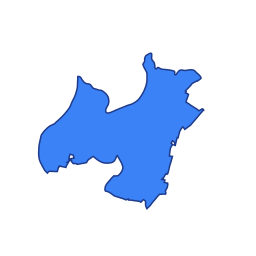 Duy Tien, Hà Nam, Vietnam, rotated 221°
{"feature_id": "81297802B7902592700170", "entity_name": "Duy Tien", "entity_type": "district", "adm_level": 2, "iso_a3": "VNM", "parent_name": "Vietnam", "parent_adm1": "Hà Nam", "projection": "natural_earth1", "projection_center": [105.971, 20.625], "detail": "fine", "context": "isolated", "style": "filled", "palette": "blue", "viewbox_px": 256, "rotation_deg": 221, "n_neighbors": 0, "source": "geoboundaries", "source_scale": "gbopen_adm2", "svg_char_len": 5829}
<svg xmlns="http://www.w3.org/2000/svg" viewBox="0 0 256 256"><g transform="rotate(221 128 128)"><path d="M158.5,185.8L156.0,184.4L152.0,182.9L151.0,182.5L150.0,181.9L149.5,181.5L149.2,181.3L147.6,179.5L145.7,177.3L144.2,175.4L143.4,174.0L142.2,171.8L140.8,168.1L140.1,165.9L139.3,162.0L139.2,161.1L139.0,159.6L138.8,157.6L138.9,155.0L139.1,153.9L139.4,152.7L139.9,150.9L140.4,149.7L140.8,148.6L143.5,144.2L144.3,142.5L147.4,136.5L148.7,133.9L149.7,131.7L150.2,130.7L150.6,129.8L151.6,127.9L152.3,126.9L153.3,125.8L153.6,125.6L153.9,125.5L154.4,125.5L154.7,125.5L155.4,125.7L155.8,126.1L156.3,126.6L157.1,127.8L157.4,128.7L158.0,131.3L158.2,132.4L158.6,133.4L159.3,134.6L160.1,135.7L160.7,136.3L161.6,137.1L163.0,138.1L163.9,138.6L164.7,138.8L166.1,139.2L167.7,139.4L168.8,139.4L171.0,139.3L172.1,139.1L172.5,139.0L173.1,138.7L174.1,138.0L175.3,137.3L175.7,137.2L177.1,136.6L179.2,135.6L179.9,135.4L180.3,135.3L180.7,135.2L181.1,135.2L181.4,135.3L182.2,135.5L183.0,135.7L184.6,136.0L185.1,136.0L185.6,135.9L186.0,135.7L186.5,135.5L187.8,134.6L188.5,134.2L190.7,133.7L191.2,133.7L192.6,134.0L193.6,134.1L194.4,134.3L194.9,134.5L196.7,135.1L197.2,135.1L197.6,135.1L198.0,135.0L198.4,134.9L198.7,134.8L199.2,134.4L199.7,133.9L198.1,132.1L196.7,130.2L194.7,127.8L193.2,125.8L192.5,124.8L191.7,123.3L190.4,120.6L189.5,118.5L188.8,116.5L188.3,114.8L187.7,112.2L187.1,110.1L186.3,107.8L185.7,105.8L185.4,104.1L185.3,103.4L185.2,101.2L185.1,98.2L185.1,95.6L185.2,93.4L185.7,88.1L186.1,85.2L186.2,83.3L186.4,82.6L186.8,81.7L187.3,80.7L187.5,80.2L188.1,78.6L188.3,78.0L188.5,77.5L188.7,76.2L188.9,75.3L189.1,72.6L189.2,70.2L189.1,68.3L188.9,66.7L188.9,66.2L188.7,65.7L188.3,64.7L187.5,63.3L185.2,59.1L184.4,57.7L183.5,56.2L182.4,54.8L180.4,52.2L179.5,51.1L178.4,49.8L176.6,48.0L175.2,46.8L174.1,46.0L172.4,45.0L169.8,43.9L167.7,43.1L164.8,42.0L163.7,41.6L162.9,41.4L160.5,41.1L159.2,41.1L159.3,42.4L159.1,43.3L158.8,43.9L154.9,47.0L153.7,48.0L153.1,48.4L152.8,48.8L153.7,50.7L154.9,53.1L154.4,53.5L154.8,54.4L153.3,55.1L150.3,56.8L149.0,57.5L149.5,58.6L149.7,59.5L150.0,60.6L150.4,62.9L151.4,62.2L151.1,63.6L151.0,64.1L150.8,64.5L151.1,64.7L152.2,65.7L152.6,66.1L153.3,67.4L154.5,70.2L151.6,71.6L149.0,69.9L151.5,66.7L150.2,65.4L150.0,65.7L149.6,66.5L148.0,65.5L147.5,65.4L146.8,65.3L145.9,65.3L144.3,66.7L143.5,67.2L143.0,67.2L142.5,67.2L141.6,68.5L141.3,68.7L141.0,69.2L140.5,69.7L139.4,71.1L138.6,72.0L137.0,74.1L136.7,74.6L136.6,74.8L136.8,75.6L137.0,76.3L137.1,76.7L137.1,77.2L137.1,77.6L136.9,79.0L136.8,79.5L136.4,80.8L136.1,82.2L135.6,83.7L130.8,83.9L128.3,84.2L125.1,85.0L123.0,86.0L120.3,88.1L118.4,90.2L117.3,91.8L117.0,92.7L116.8,94.0L116.8,95.0L117.2,96.8L117.8,98.4L118.1,99.4L117.9,100.2L117.4,100.0L116.9,99.8L112.8,98.4L109.7,97.2L108.3,96.4L107.2,95.8L106.3,95.2L105.6,94.5L105.0,93.3L104.5,91.9L104.2,90.8L104.0,88.5L104.0,87.3L104.2,85.6L105.7,83.8L107.3,82.6L107.5,80.1L107.4,71.8L106.8,69.2L106.3,68.2L105.1,66.5L104.1,65.7L103.3,65.7L102.4,66.3L101.0,66.8L100.0,67.2L96.3,67.6L94.2,67.7L92.5,68.3L85.4,71.4L83.5,72.1L82.4,72.4L82.0,73.1L81.1,74.6L80.3,74.0L78.5,75.5L75.1,77.6L71.4,80.1L69.6,80.5L69.5,83.4L69.3,84.1L68.3,84.2L67.1,84.3L66.7,84.1L65.6,83.0L64.9,82.1L64.2,81.4L63.3,80.7L62.4,80.2L61.7,79.9L60.8,79.5L60.7,80.9L60.5,82.5L60.4,83.4L60.5,85.5L60.7,87.7L60.7,92.6L60.8,94.3L60.8,96.7L60.7,98.6L59.1,100.2L57.5,101.8L56.3,102.7L56.4,103.2L56.7,103.6L57.2,104.2L57.6,104.4L58.1,104.7L58.3,104.9L58.5,105.1L59.1,107.7L59.2,108.5L59.4,108.9L59.6,109.3L60.0,110.0L60.5,110.9L61.0,111.6L61.3,111.9L62.0,112.4L62.1,112.2L62.7,111.8L63.3,111.5L65.0,110.7L65.4,111.9L65.9,112.9L66.7,112.6L67.0,112.6L67.5,112.8L67.7,112.2L67.8,111.9L68.0,111.7L68.5,111.3L68.7,111.2L68.8,112.5L68.7,114.3L68.7,114.8L68.8,115.6L69.1,116.6L69.4,117.9L69.1,118.1L68.2,118.6L68.7,119.7L68.2,120.0L69.7,123.1L70.9,125.2L72.3,128.1L73.3,130.5L75.8,135.7L78.3,134.0L79.9,136.2L82.3,139.9L82.8,140.9L82.9,141.3L83.1,141.9L83.3,144.1L83.3,144.9L85.4,144.7L85.8,146.3L86.0,147.6L82.9,147.7L82.1,146.1L81.8,145.4L80.9,145.8L83.2,150.2L84.6,153.1L83.8,153.4L84.1,154.2L84.6,155.0L85.2,156.2L86.0,157.9L86.5,158.7L86.8,159.5L86.9,160.4L87.3,161.7L87.4,163.1L87.4,164.5L87.3,164.8L87.1,164.8L86.5,164.8L84.2,164.2L83.3,168.4L82.7,171.1L82.7,177.5L82.8,185.7L82.8,189.2L82.8,190.3L82.5,191.1L83.1,191.3L83.8,191.4L84.2,191.3L84.3,190.8L84.7,190.9L85.0,189.9L85.3,188.9L85.8,187.5L88.0,187.5L94.4,186.5L96.9,186.2L98.3,186.1L100.7,185.7L101.4,185.7L103.0,189.7L103.6,191.3L104.4,193.1L105.1,193.0L106.0,192.8L107.7,192.2L107.9,193.6L109.0,193.6L108.6,201.4L108.6,201.6L108.8,203.1L108.8,203.3L108.3,205.0L107.5,207.1L107.4,207.7L106.9,208.5L106.3,209.0L106.3,209.6L105.9,210.9L105.5,212.7L105.5,213.4L105.7,213.7L106.0,213.9L106.2,214.0L107.1,214.3L108.3,214.6L110.3,214.7L112.7,214.7L115.0,214.9L115.5,214.9L116.1,214.8L116.5,214.7L117.0,214.4L118.1,213.7L119.1,212.9L120.2,211.7L122.3,209.2L123.1,208.5L124.2,207.8L125.3,207.2L126.0,206.5L126.5,206.0L126.7,205.6L127.0,204.8L127.0,204.1L127.0,202.2L126.8,200.4L126.8,200.0L126.8,199.7L127.1,199.3L127.3,199.1L127.7,199.1L128.1,199.2L128.4,199.5L129.3,200.8L129.6,201.0L130.3,201.2L131.0,201.0L132.4,200.3L134.9,198.9L138.1,196.7L140.0,195.3L140.6,194.8L141.4,194.5L142.8,194.0L143.7,193.8L144.4,193.7L144.6,193.6L145.0,193.4L145.2,193.2L145.3,193.0L145.3,192.8L145.4,192.0L145.4,191.4L145.5,191.1L145.7,190.9L146.1,190.8L146.5,190.8L146.9,191.0L147.8,191.7L148.8,192.8L150.0,193.7L150.7,194.3L151.5,194.6L152.8,194.9L154.7,195.3L155.4,195.7L155.9,196.1L158.3,199.1L158.9,199.5L159.2,199.6L159.4,199.6L159.8,199.4L160.1,199.2L160.3,198.9L160.6,198.4L161.3,196.3L161.7,195.2L161.9,194.6L161.9,194.0L161.8,193.4L161.4,192.1L161.0,191.3L159.9,190.1L159.4,189.4L159.1,188.8L158.9,188.3L158.9,187.3L158.7,186.6L158.6,186.0L158.5,185.8Z" fill="#3b82f6" stroke="#1e3a8a" stroke-width="1.5"/></g></svg>